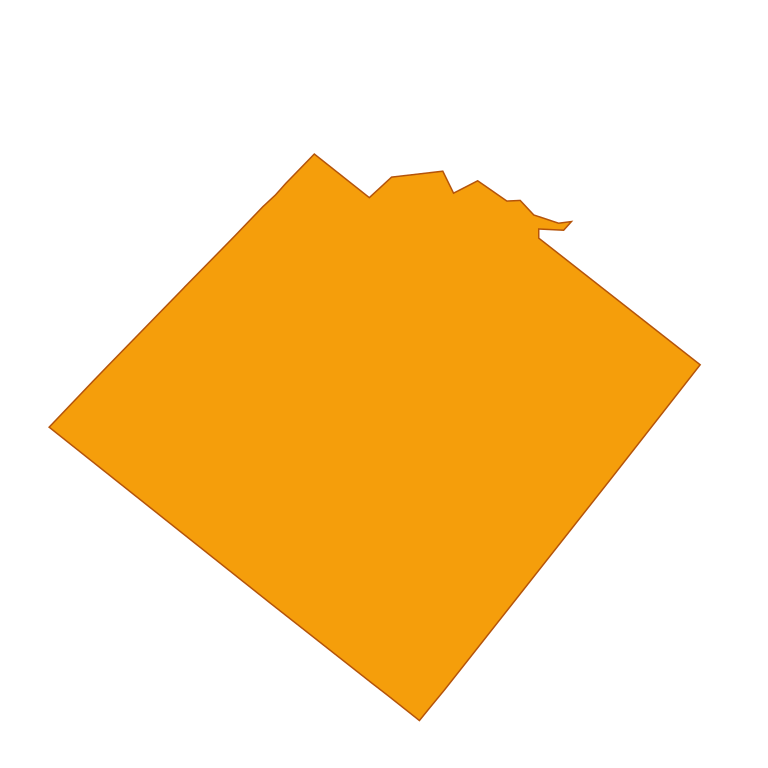 the district of Monroe, Mississippi, United States of America, rotated 218°
{"feature_id": "52423323B75107932939522", "entity_name": "Monroe", "entity_type": "district", "adm_level": 2, "iso_a3": "USA", "parent_name": "United States of America", "parent_adm1": "Mississippi", "projection": "albers", "projection_center": [-88.422, 33.87], "detail": "fine", "context": "isolated", "style": "filled", "palette": "amber", "viewbox_px": 768, "rotation_deg": 218, "n_neighbors": 0, "source": "geoboundaries", "source_scale": "gbopen_adm2", "svg_char_len": 603}
<svg xmlns="http://www.w3.org/2000/svg" viewBox="0 0 768 768"><g transform="rotate(218 384 384)"><path d="M309.7,141.2L209.0,140.8L190.7,140.9L148.9,140.6L148.6,157.0L148.0,180.5L146.8,448.6L146.7,593.8L351.8,594.2L357.5,601.4L337.1,615.8L336.3,627.4L345.4,618.2L370.0,609.4L389.7,612.5L399.8,603.8L435.3,601.8L446.7,577.2L468.7,587.9L505.4,551.7L510.3,521.8L580.5,522.3L584.9,481.7L585.9,466.2L588.6,449.3L592.7,409.1L598.3,359.5L600.8,337.8L600.8,337.6L600.9,336.3L612.8,228.2L615.0,207.4L618.2,175.1L621.3,143.8L339.6,141.3L309.7,141.2Z" fill="#f59e0b" stroke="#b45309" stroke-width="1.5"/></g></svg>